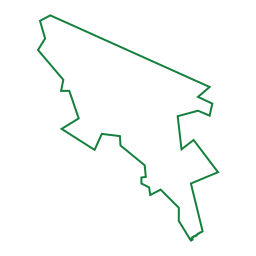 outline of Lainya, Central Equatoria, South Sudan
{"feature_id": "79223893B40788586970477", "entity_name": "Lainya", "entity_type": "district", "adm_level": 2, "iso_a3": "SSD", "parent_name": "South Sudan", "parent_adm1": "Central Equatoria", "projection": "mercator", "projection_center": [31.019, 4.203], "detail": "fine", "context": "isolated", "style": "outline", "palette": "green", "viewbox_px": 256, "rotation_deg": 0, "n_neighbors": 0, "source": "geoboundaries", "source_scale": "gbopen_adm2", "svg_char_len": 1080}
<svg xmlns="http://www.w3.org/2000/svg" viewBox="0 0 256 256"><path d="M190.7,240.3L191.2,240.6L191.5,240.3L191.5,239.9L192.0,239.8L192.5,239.7L192.5,239.4L192.2,239.1L191.8,239.0L191.4,238.7L191.4,238.3L191.9,238.1L192.2,237.8L192.3,237.4L192.4,237.1L192.9,237.1L193.2,237.3L193.4,237.1L193.4,236.8L193.6,236.4L193.9,236.2L194.4,236.2L194.6,236.1L194.9,236.2L195.3,236.2L195.6,236.2L195.8,235.7L195.9,235.4L196.4,235.4L196.7,235.4L196.7,235.0L196.9,234.6L197.2,234.4L197.5,234.1L197.9,234.1L198.1,233.9L198.1,233.6L198.5,233.4L198.9,233.4L199.3,233.4L199.6,233.2L199.8,232.7L200.0,232.5L200.8,232.3L201.4,232.0L201.9,231.9L202.3,231.5L202.6,231.2L190.9,183.5L218.0,172.2L193.6,140.0L181.5,149.3L177.7,116.2L198.0,110.7L209.6,115.7L212.3,103.6L198.0,96.9L209.6,87.0L50.3,15.4L40.0,20.8L45.1,38.5L38.0,50.0L63.3,79.8L61.1,90.9L69.3,90.9L78.7,118.4L61.6,128.9L94.6,149.9L101.8,133.9L119.9,136.1L120.5,145.5L144.7,165.3L145.8,176.9L141.4,177.5L141.4,183.5L149.1,187.4L150.3,195.0L160.6,189.6L178.8,207.8L178.8,221.0L190.7,240.3Z" fill="none" stroke="#15803d" stroke-width="2"/></svg>